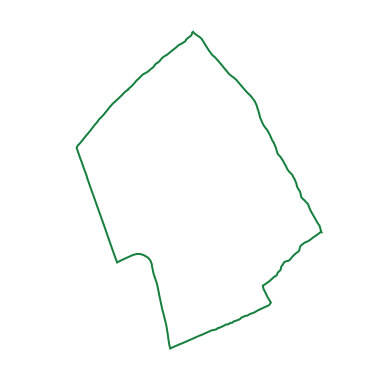 outline of Chatuchak, Bangkok Metropolis, Thailand, rotated 329°
{"feature_id": "78962969B62274513828859", "entity_name": "Chatuchak", "entity_type": "district", "adm_level": 2, "iso_a3": "THA", "parent_name": "Thailand", "parent_adm1": "Bangkok Metropolis", "projection": "robinson", "projection_center": [100.572, 13.827], "detail": "fine", "context": "isolated", "style": "outline", "palette": "green", "viewbox_px": 384, "rotation_deg": 329, "n_neighbors": 0, "source": "geoboundaries", "source_scale": "gbopen_adm2", "svg_char_len": 5677}
<svg xmlns="http://www.w3.org/2000/svg" viewBox="0 0 384 384"><g transform="rotate(329 192 192)"><path d="M275.5,55.3L274.7,55.3L274.4,55.4L274.4,55.5L272.4,57.2L272.3,57.3L272.0,57.4L271.5,57.5L270.7,57.6L270.1,57.7L267.6,57.9L266.7,58.0L265.7,58.3L265.4,58.3L265.2,58.4L265.0,58.6L264.7,59.0L264.0,59.3L263.5,59.4L263.2,59.4L261.7,59.4L259.2,59.5L258.7,59.5L258.4,59.4L257.3,59.2L256.9,59.2L255.8,59.3L252.2,60.0L248.9,60.4L246.5,60.7L244.7,61.0L241.3,61.5L240.1,61.4L236.0,61.6L235.5,61.7L231.2,63.2L229.0,63.5L227.8,63.4L225.7,63.9L223.6,64.9L222.8,65.1L219.5,65.5L218.7,65.7L218.3,65.8L216.8,66.0L216.4,66.1L214.3,66.1L211.3,66.0L210.8,65.9L210.2,66.0L209.3,66.1L207.0,66.8L206.8,66.9L204.9,67.2L204.6,67.3L204.4,67.5L204.2,67.5L202.7,67.8L201.8,67.8L201.4,68.0L201.0,68.2L200.3,68.5L195.7,69.9L193.9,70.3L192.3,70.6L191.2,70.8L190.6,71.2L190.3,71.3L190.1,71.3L189.8,71.3L189.7,71.2L189.4,71.5L187.8,71.5L187.5,71.5L187.1,71.5L186.4,71.6L184.4,72.1L183.2,72.4L182.6,72.7L182.1,72.8L181.5,73.0L179.8,73.3L179.4,73.4L178.8,73.6L176.6,74.1L176.1,74.1L173.6,74.7L170.8,75.2L168.8,75.7L167.8,76.1L165.6,76.7L163.7,77.4L163.3,77.6L155.8,80.3L154.0,80.8L149.4,82.0L147.2,83.1L146.8,83.3L146.4,83.4L145.4,83.7L143.9,84.1L139.3,85.9L136.0,87.2L134.7,87.6L133.5,88.1L132.3,88.5L130.6,89.0L128.0,90.0L125.0,91.1L122.0,92.2L120.5,92.7L118.2,93.3L116.8,93.9L115.8,94.9L113.3,106.8L113.1,108.6L112.7,110.1L111.5,116.0L110.2,123.0L109.7,125.0L109.5,125.4L106.1,141.7L105.7,144.2L103.2,156.2L99.3,175.8L98.4,179.9L96.3,190.0L93.9,201.5L92.1,210.7L91.5,213.8L96.2,214.1L99.9,214.5L106.8,215.3L108.8,215.6L109.4,215.7L111.6,216.3L112.8,216.8L114.9,218.0L115.5,218.4L116.5,219.3L117.4,220.5L118.3,221.6L119.2,223.2L120.3,225.3L120.7,226.4L120.8,227.2L120.9,228.2L121.0,228.8L120.9,229.6L120.9,230.5L120.7,231.3L120.4,233.0L119.4,235.3L118.1,239.0L117.4,241.0L116.9,242.7L115.8,247.6L114.9,251.9L114.8,252.3L114.0,254.7L112.7,258.3L111.5,261.8L111.0,262.9L107.0,274.6L106.2,276.7L105.3,280.1L104.0,284.5L103.3,286.6L101.5,292.5L99.9,296.6L98.0,301.3L96.7,304.4L95.4,307.3L95.1,308.2L94.0,310.9L93.6,312.1L93.0,314.0L92.7,314.9L96.1,315.3L97.1,315.4L102.4,316.1L106.3,316.7L110.1,317.2L112.5,317.5L118.6,318.3L123.9,318.9L125.8,319.3L136.6,320.6L138.2,320.9L138.6,321.0L139.7,321.6L140.3,321.7L141.0,321.9L141.6,322.1L142.0,322.1L142.5,322.3L143.2,322.2L143.7,322.0L143.9,322.0L144.2,322.0L144.4,322.0L145.5,322.5L146.3,322.6L148.4,322.8L149.9,323.0L150.9,323.0L151.8,323.0L152.4,323.0L153.2,323.2L154.6,324.0L154.9,324.1L155.1,324.1L155.4,324.1L155.6,324.1L155.9,324.0L156.1,324.0L157.0,324.0L157.3,324.0L159.0,324.7L159.4,324.8L160.4,324.5L161.1,324.4L161.6,324.5L163.1,324.9L165.9,325.5L166.5,325.6L167.3,325.6L167.8,325.6L168.0,325.6L169.4,325.1L169.8,325.1L171.6,325.5L171.9,325.5L172.8,325.4L173.1,325.4L173.4,325.5L175.2,326.2L175.6,326.3L175.9,326.4L179.3,326.5L180.4,326.8L181.7,327.1L182.7,327.2L183.4,327.3L185.9,327.4L187.9,327.4L191.4,327.8L194.7,328.1L197.0,328.4L198.9,328.7L199.3,328.7L200.7,328.4L202.3,327.5L202.7,327.3L202.6,327.1L202.7,323.8L202.6,321.5L202.7,320.1L203.0,317.4L203.4,312.0L203.6,311.3L204.2,309.4L204.3,309.3L204.5,309.2L204.5,308.8L206.4,308.7L209.3,308.6L212.3,308.3L213.5,308.1L214.5,307.9L217.2,307.3L219.3,307.0L219.7,307.0L221.2,307.1L221.4,307.1L222.1,306.7L223.3,305.8L223.9,305.4L224.3,305.2L224.6,305.1L225.7,304.9L227.4,304.5L227.7,304.4L227.9,304.3L228.0,304.2L229.4,302.6L230.0,302.1L230.6,301.7L231.1,301.5L232.1,301.2L234.1,300.0L234.4,299.8L234.7,299.8L235.1,299.7L236.3,299.8L236.7,299.8L237.6,300.0L238.7,300.4L239.4,300.7L239.5,300.7L241.1,300.4L241.4,300.3L244.8,299.1L247.6,298.4L250.7,297.9L252.4,297.9L253.6,297.4L254.5,296.6L255.5,295.6L256.4,294.8L256.8,294.5L257.1,294.3L257.9,294.0L258.3,293.9L261.8,293.5L262.7,293.4L263.3,293.5L264.9,293.8L266.0,293.9L267.2,293.9L269.2,293.8L272.1,293.4L273.4,293.3L276.9,293.1L278.0,293.1L281.0,292.6L281.3,292.6L281.7,292.7L282.2,293.1L282.2,292.9L282.3,292.6L283.7,287.5L283.9,287.0L283.9,286.2L283.7,283.3L283.7,281.7L283.9,276.3L284.0,270.8L284.1,269.1L284.4,266.3L284.9,263.8L285.1,262.2L285.1,261.5L285.1,261.2L284.9,260.8L284.3,258.4L284.4,258.2L283.9,256.1L283.8,255.9L283.6,255.7L283.1,253.3L283.0,252.7L283.1,252.3L283.2,251.9L283.9,250.3L284.5,248.2L284.7,247.5L284.7,247.1L284.8,246.3L284.8,245.8L284.7,244.1L284.8,241.9L284.8,241.5L284.9,241.2L285.0,240.8L285.7,238.8L285.8,238.4L286.4,235.0L286.5,234.3L286.5,233.5L286.6,232.8L286.5,231.6L286.8,229.0L286.3,226.8L285.7,224.2L285.5,222.6L285.5,220.8L285.8,218.9L285.8,218.6L285.9,214.9L285.9,214.5L285.9,214.0L286.1,212.7L286.1,210.9L286.0,209.9L286.0,208.3L285.9,207.7L285.2,203.8L285.1,203.6L285.1,203.4L285.2,203.0L285.6,201.1L286.2,198.8L286.6,197.8L286.7,197.4L287.5,191.5L287.4,190.9L287.4,190.4L287.4,189.2L287.6,187.4L287.8,185.9L287.9,184.8L288.1,183.7L288.2,182.6L288.3,180.3L288.4,177.3L288.4,177.0L288.3,176.5L288.2,176.2L288.0,175.3L288.0,174.9L287.9,174.2L287.8,172.5L287.8,171.0L287.8,169.7L288.0,168.5L288.4,165.8L288.6,163.9L288.8,163.2L289.0,162.1L289.3,161.4L289.7,160.3L290.9,155.7L291.3,153.5L291.9,151.6L292.0,151.0L292.1,150.3L292.3,148.7L292.5,147.0L292.5,146.5L292.4,145.0L292.2,143.1L292.1,141.9L291.9,140.6L291.4,138.4L290.8,136.2L290.3,133.9L290.0,132.4L289.8,131.1L289.5,129.7L289.3,128.3L288.6,124.0L287.9,119.8L287.9,119.3L287.4,117.6L286.5,115.0L285.6,112.9L284.9,111.0L284.7,110.5L284.4,109.1L284.3,108.0L283.5,103.1L283.0,99.6L282.1,93.7L281.1,88.5L280.4,86.6L280.0,85.2L279.7,83.5L279.5,80.4L279.4,80.1L279.3,76.0L279.2,72.2L279.2,67.7L279.2,66.1L279.1,65.6L278.7,64.1L278.2,62.7L277.2,60.7L276.0,57.9L275.5,56.6L275.5,55.6L275.5,55.3Z" fill="none" stroke="#15803d" stroke-width="2"/></g></svg>